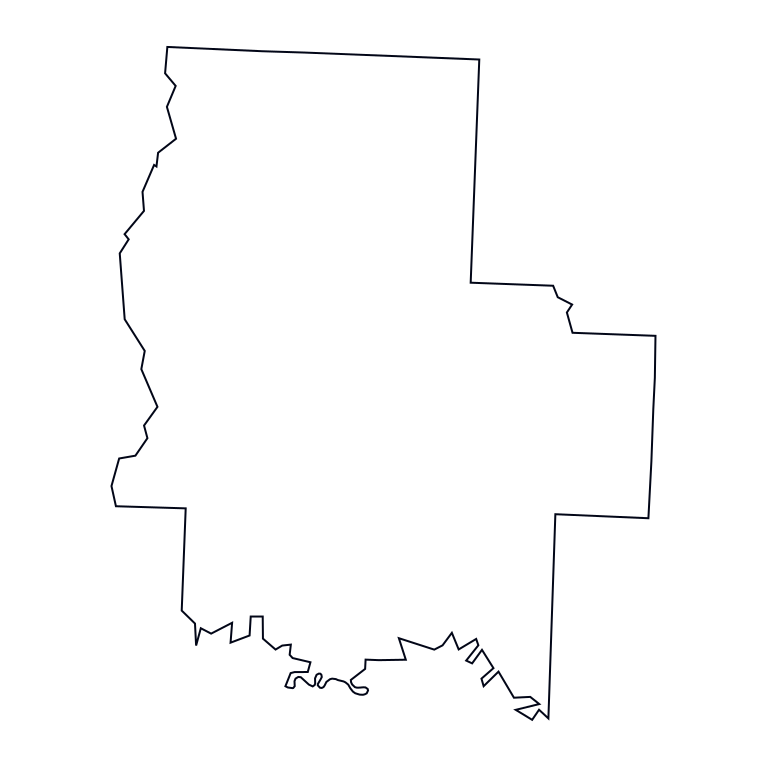 White, Arkansas, United States of America (Mercator projection), rotated 91°
{"feature_id": "52423323B98282084999585", "entity_name": "White", "entity_type": "district", "adm_level": 2, "iso_a3": "USA", "parent_name": "United States of America", "parent_adm1": "Arkansas", "projection": "mercator", "projection_center": [-91.529, 35.277], "detail": "fine", "context": "isolated", "style": "outline", "palette": "ink", "viewbox_px": 768, "rotation_deg": 91, "n_neighbors": 0, "source": "geoboundaries", "source_scale": "gbopen_adm2", "svg_char_len": 1790}
<svg xmlns="http://www.w3.org/2000/svg" viewBox="0 0 768 768"><g transform="rotate(91 384 384)"><path d="M50.8,606.5L77.2,608.3L89.6,597.5L110.7,605.9L142.4,596.2L156.7,613.9L170.5,615.3L169.0,617.7L196.1,628.8L215.1,627.0L238.7,646.0L243.8,641.8L258.0,650.5L323.8,644.4L355.1,623.8L373.4,626.9L410.8,610.1L429.7,623.2L442.3,619.6L460.0,631.3L463.1,647.5L490.8,654.7L510.9,649.9L511.8,580.1L614.1,582.3L626.8,568.8L648.8,567.3L631.4,562.9L636.6,552.5L625.4,531.7L645.3,532.9L637.8,514.0L618.8,513.2L618.6,501.2L640.7,500.6L651.4,487.8L647.3,481.2L646.2,472.6L656.4,473.6L659.6,470.6L663.5,452.7L673.3,455.2L673.6,468.4L674.7,472.3L687.9,477.3L689.1,474.9L689.7,470.1L689.5,469.4L687.7,468.0L682.7,468.3L680.1,467.3L678.4,464.6L678.6,462.1L685.9,453.8L687.6,450.0L686.2,448.1L684.8,447.6L679.5,447.8L675.9,446.3L674.7,444.1L674.8,442.5L675.9,441.5L678.1,441.1L680.2,442.1L685.1,444.9L686.5,444.9L688.8,442.7L689.0,440.9L688.1,439.2L686.5,438.1L682.9,436.4L680.1,432.8L679.5,430.7L679.9,427.0L680.8,425.0L682.1,419.2L683.0,417.3L685.2,414.5L688.9,412.3L692.1,409.7L693.7,407.4L695.0,402.9L695.1,399.6L694.6,397.8L693.6,395.9L690.7,394.6L689.2,395.0L687.7,397.2L687.6,399.3L688.0,403.0L688.1,405.8L687.6,407.8L685.0,410.6L682.8,411.7L680.5,412.0L669.2,397.9L659.9,397.6L660.2,384.3L659.3,357.4L637.9,364.7L648.7,329.1L644.3,320.9L631.6,311.8L648.1,304.7L637.3,287.4L643.6,285.1L659.1,297.0L661.8,291.0L648.1,281.4L666.2,269.6L676.9,281.4L684.4,279.1L669.6,264.5L695.4,248.6L694.3,232.3L701.3,223.2L707.5,246.6L717.2,230.0L707.0,223.3L715.5,213.8L511.2,210.4L513.6,117.3L456.8,115.3L404.5,114.3L373.1,113.3L331.1,113.4L329.5,196.4L309.3,202.4L301.3,197.3L294.2,211.8L282.8,216.6L281.2,299.1L57.9,294.4L54.0,469.0L53.4,511.7L50.8,606.5Z" fill="none" stroke="#020617" stroke-width="2"/></g></svg>